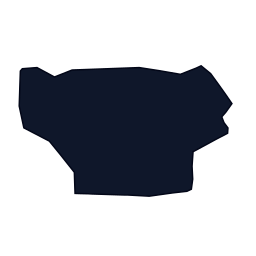 Nykvarn, Stockholm, Sweden (Natural Earth projection), rotated 354°
{"feature_id": "70781695B30902194250212", "entity_name": "Nykvarn", "entity_type": "district", "adm_level": 2, "iso_a3": "SWE", "parent_name": "Sweden", "parent_adm1": "Stockholm", "projection": "natural_earth1", "projection_center": [17.413, 59.188], "detail": "fine", "context": "isolated", "style": "filled", "palette": "ink", "viewbox_px": 256, "rotation_deg": 354, "n_neighbors": 0, "source": "geoboundaries", "source_scale": "gbopen_adm2", "svg_char_len": 654}
<svg xmlns="http://www.w3.org/2000/svg" viewBox="0 0 256 256"><g transform="rotate(354 128 128)"><path d="M70.0,166.4L70.0,166.5L68.5,187.5L73.6,188.2L79.0,188.9L81.5,189.2L85.1,189.8L116.4,194.1L120.1,194.5L142.0,198.0L165.5,197.2L180.0,197.1L184.6,195.5L187.0,185.6L187.7,172.7L190.2,158.4L214.9,148.2L226.5,143.6L227.4,138.4L224.0,132.7L222.4,126.7L227.0,122.4L233.9,114.6L228.3,104.3L223.1,95.1L215.9,82.6L207.2,73.8L202.0,75.6L185.7,80.1L165.2,74.3L145.5,69.1L95.7,65.7L78.5,64.5L60.2,69.6L43.8,58.4L29.1,58.0L26.9,60.1L22.1,94.8L24.3,115.6L24.5,117.0L48.4,132.8L57.7,147.0L70.0,166.4Z" fill="#0f172a" stroke="#020617" stroke-width="1.5"/></g></svg>